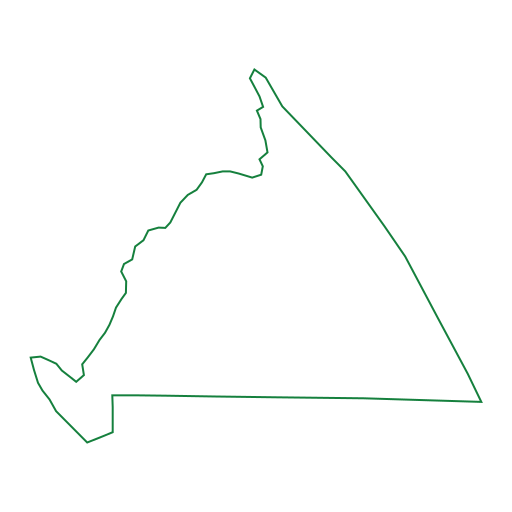 outline of Ichu, Bahia, Brazil
{"feature_id": "56859067B55648901233948", "entity_name": "Ichu", "entity_type": "district", "adm_level": 2, "iso_a3": "BRA", "parent_name": "Brazil", "parent_adm1": "Bahia", "projection": "robinson", "projection_center": [-39.186, -11.716], "detail": "fine", "context": "isolated", "style": "outline", "palette": "green", "viewbox_px": 512, "rotation_deg": 0, "n_neighbors": 0, "source": "geoboundaries", "source_scale": "gbopen_adm2", "svg_char_len": 1040}
<svg xmlns="http://www.w3.org/2000/svg" viewBox="0 0 512 512"><path d="M481.3,401.9L467.8,373.9L437.9,318.1L405.2,256.5L384.5,226.3L345.3,171.4L331.2,157.2L282.3,106.4L265.7,77.6L254.4,69.5L249.9,78.3L254.6,87.1L259.5,96.4L263.1,106.9L256.9,110.6L260.5,119.1L260.7,127.4L265.4,140.4L267.5,152.4L259.5,159.3L262.8,166.3L261.2,174.7L252.2,177.6L238.6,173.5L230.1,171.4L222.7,171.4L213.9,173.2L206.2,174.3L202.0,182.3L196.6,189.8L187.8,194.9L180.4,202.7L174.8,213.7L170.3,222.5L165.3,227.9L158.6,227.6L148.3,230.5L143.5,240.2L135.2,246.5L132.2,259.4L124.0,264.0L121.2,271.5L126.2,281.3L125.9,292.9L121.5,299.0L116.0,307.6L113.0,316.4L109.4,324.9L105.0,332.8L99.5,340.0L93.9,349.3L87.6,357.6L82.2,364.3L83.9,375.1L76.2,381.8L69.0,376.1L61.8,370.5L56.4,363.8L47.6,359.7L40.6,356.6L30.7,357.6L34.0,370.0L38.0,382.8L42.5,390.6L49.5,399.4L56.1,411.2L87.2,442.5L102.8,436.3L112.7,432.2L112.7,407.1L112.3,395.3L120.5,395.3L134.1,395.3L166.5,395.7L215.6,396.5L276.4,397.3L363.9,398.3L481.3,401.9Z" fill="none" stroke="#15803d" stroke-width="2"/></svg>